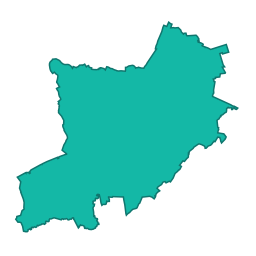 Chislaz, Bihor, Romania (Mercator projection), rotated 182°
{"feature_id": "2599482B30270529451593", "entity_name": "Chislaz", "entity_type": "district", "adm_level": 2, "iso_a3": "ROU", "parent_name": "Romania", "parent_adm1": "Bihor", "projection": "mercator", "projection_center": [22.253, 47.272], "detail": "fine", "context": "isolated", "style": "filled", "palette": "teal", "viewbox_px": 256, "rotation_deg": 182, "n_neighbors": 0, "source": "geoboundaries", "source_scale": "gbopen_adm2", "svg_char_len": 5757}
<svg xmlns="http://www.w3.org/2000/svg" viewBox="0 0 256 256"><g transform="rotate(182 128 128)"><path d="M81.3,230.1L84.8,229.6L85.7,229.9L88.8,229.6L87.7,233.3L89.2,233.8L91.0,235.2L92.8,230.8L95.8,231.9L96.6,229.8L97.6,225.5L101.3,215.9L101.8,213.5L102.8,211.1L103.4,208.1L102.3,207.9L111.1,193.7L111.9,192.0L113.5,190.0L114.3,188.3L117.0,188.4L119.8,189.1L120.1,188.7L122.1,188.5L122.5,188.2L123.1,189.3L124.5,190.5L125.7,190.8L129.4,190.0L131.5,188.6L132.6,188.5L132.5,185.7L132.7,184.7L137.0,184.9L139.6,184.6L141.4,184.9L141.8,185.2L143.7,185.7L146.0,186.8L147.7,186.9L148.3,187.4L149.9,188.2L151.4,188.5L152.7,185.2L154.0,186.5L157.2,187.3L158.0,187.2L158.1,186.4L159.1,186.5L159.4,185.5L160.2,185.7L161.1,185.2L163.9,185.2L166.5,185.4L166.4,186.8L168.8,187.3L169.6,189.0L171.3,188.3L171.8,187.7L173.5,190.3L175.6,189.1L175.9,189.4L178.6,189.1L180.1,187.4L181.0,187.2L181.8,186.5L184.8,187.5L185.0,186.6L185.6,185.7L186.5,187.3L188.7,188.9L190.1,189.4L193.2,189.2L194.7,189.5L196.9,190.9L198.4,192.7L199.3,193.3L202.3,194.6L205.8,194.1L205.9,193.6L208.2,191.1L208.7,189.6L208.7,188.1L208.0,184.4L207.2,182.3L206.4,181.5L206.2,181.0L205.2,179.9L203.5,181.2L202.0,179.6L200.2,178.5L199.9,177.6L199.9,176.9L200.2,174.4L200.9,171.5L200.7,170.9L199.8,169.9L198.5,167.5L197.8,166.7L200.8,165.0L200.0,163.5L198.8,162.0L198.3,159.1L197.7,157.2L196.5,155.5L196.2,154.2L198.6,152.0L198.0,151.6L198.1,150.4L198.5,150.1L198.5,149.6L198.0,149.3L197.4,148.1L197.4,147.6L197.4,147.1L197.7,146.9L197.5,145.5L197.9,144.3L197.7,143.7L198.1,142.8L197.9,142.3L198.0,141.3L197.8,141.1L197.8,140.7L194.8,137.5L192.4,133.3L192.5,129.4L193.3,128.8L193.1,127.0L191.9,124.4L191.8,123.3L188.8,118.6L188.2,116.8L188.2,115.4L189.4,113.5L189.8,111.9L191.5,108.8L193.1,103.5L188.5,100.1L188.5,99.6L189.8,99.3L195.7,96.9L196.5,96.3L196.2,95.4L197.1,95.0L197.5,96.2L207.8,91.6L212.4,89.2L212.7,88.5L213.2,88.7L214.0,88.3L223.3,82.8L224.1,82.0L224.5,80.9L225.1,80.5L224.9,80.3L224.7,80.5L224.2,79.6L225.0,79.1L225.5,80.0L225.2,80.1L225.4,80.4L226.0,80.0L228.1,80.0L228.5,79.8L228.5,79.4L228.8,79.7L236.9,75.0L233.3,70.5L234.3,64.1L232.7,60.2L232.9,60.0L230.1,53.3L229.2,50.0L229.3,44.9L229.0,43.4L231.0,41.7L232.3,36.9L236.0,35.7L236.1,34.3L237.0,32.9L234.7,30.0L232.9,30.1L231.6,29.7L229.9,26.1L228.8,21.2L228.2,21.0L227.7,21.2L227.1,20.8L225.2,20.8L224.4,21.5L224.3,22.9L223.2,23.3L222.5,24.0L222.1,23.9L221.8,23.0L221.0,23.3L220.8,24.0L221.0,25.2L220.1,25.5L219.2,25.1L218.0,26.0L216.7,25.5L215.9,25.9L215.2,27.5L214.2,27.1L213.3,27.8L211.6,28.2L210.9,29.0L210.0,29.0L208.9,29.4L208.3,28.8L208.0,28.8L206.8,30.1L207.1,31.1L207.0,31.6L206.6,32.0L204.9,31.6L204.1,31.7L203.7,32.0L203.5,33.7L203.0,34.5L201.8,34.4L198.8,35.7L191.5,33.9L190.8,34.9L190.3,35.0L189.3,34.4L188.7,34.9L187.5,34.8L186.5,35.3L185.8,35.1L184.9,34.2L184.4,34.1L183.7,34.2L182.8,34.9L181.4,34.9L181.0,35.3L180.5,36.2L179.8,36.4L179.2,36.0L179.1,34.9L178.7,34.6L174.1,26.4L173.2,27.5L173.4,28.2L172.2,28.8L172.3,29.4L172.1,29.6L171.2,29.0L170.2,29.1L168.9,28.7L168.5,28.4L168.3,27.6L167.8,27.4L167.9,26.5L167.7,26.2L166.8,26.3L166.3,26.0L164.8,26.3L163.5,25.4L161.2,25.2L158.9,25.8L158.0,26.5L157.1,26.8L157.0,27.9L155.8,28.5L155.7,29.8L155.1,30.1L154.9,30.5L153.8,30.6L153.7,30.8L154.2,31.3L154.0,31.8L154.9,32.2L154.9,33.0L156.0,34.2L156.0,34.7L155.4,35.1L155.3,35.8L155.5,36.3L157.5,36.8L157.8,37.1L158.2,39.0L158.4,39.1L159.1,38.7L159.4,42.7L160.2,46.8L159.8,48.0L159.1,48.8L158.8,50.7L160.1,50.8L160.4,51.2L160.2,52.2L160.4,53.2L160.2,53.7L158.3,54.1L158.1,54.9L158.2,55.7L158.0,56.5L157.5,56.7L156.5,56.2L155.3,56.9L155.1,59.0L155.5,59.3L156.9,59.3L157.0,59.6L156.5,60.4L155.8,60.7L154.4,60.4L153.1,56.0L152.4,52.3L151.4,49.8L150.3,50.8L148.1,50.8L147.2,51.3L146.7,54.1L145.7,53.7L145.1,54.0L144.1,54.0L144.2,56.2L145.0,57.8L145.0,58.4L141.5,58.2L141.1,58.4L141.0,58.9L130.2,58.9L129.7,56.1L128.5,51.1L127.1,42.4L126.6,40.8L125.7,41.9L124.2,43.2L123.6,43.4L121.7,45.7L120.2,47.0L117.1,47.9L116.2,48.5L114.6,52.6L113.7,53.2L113.4,54.0L111.4,59.4L104.0,60.5L101.7,59.8L99.4,58.1L98.3,59.9L98.5,60.5L98.2,60.3L98.0,60.8L97.9,62.0L97.5,63.3L95.1,66.0L94.9,65.7L94.1,66.3L96.9,68.7L95.9,70.3L92.4,72.8L91.4,74.8L90.8,75.3L89.0,75.7L88.1,74.5L84.9,76.2L83.7,75.6L81.1,79.6L79.4,84.2L76.8,86.5L76.0,87.8L75.3,87.9L74.6,88.7L73.3,91.5L75.2,92.5L71.9,97.1L70.6,96.5L70.2,96.8L68.1,99.6L66.9,100.7L66.7,101.2L66.7,104.7L66.2,104.3L65.9,106.7L62.3,109.8L61.4,111.2L56.9,114.5L55.8,114.5L53.7,113.9L51.0,112.6L50.4,111.6L50.2,110.4L49.1,110.6L47.2,112.8L44.8,113.7L43.3,115.3L42.6,116.6L41.7,117.2L41.5,117.8L40.5,117.4L38.0,122.0L36.0,121.7L35.1,119.5L34.9,118.1L34.0,116.3L30.5,120.2L30.5,120.8L30.1,121.1L29.6,122.5L32.0,125.5L38.1,126.3L37.9,128.2L37.5,129.1L37.6,129.3L37.3,129.7L37.7,130.4L37.4,131.4L38.3,131.8L39.3,138.6L38.8,139.4L37.2,140.4L37.1,141.1L36.4,142.1L35.5,142.7L35.8,143.7L33.9,144.5L31.8,146.5L30.5,147.1L30.1,148.3L30.1,150.7L28.8,152.1L28.5,152.2L28.0,151.6L25.1,151.8L24.7,151.4L25.1,150.2L24.9,150.0L24.1,150.2L23.4,151.6L23.1,151.8L22.4,151.6L21.9,150.9L20.5,150.3L19.7,150.8L19.0,151.7L22.7,153.5L24.0,153.6L25.9,154.7L44.4,162.4L44.7,162.8L43.9,165.7L43.5,165.9L43.8,168.9L42.7,177.2L43.7,177.4L43.8,178.5L44.5,179.9L42.6,180.4L42.2,180.8L42.4,181.6L38.1,182.2L37.6,185.4L32.9,186.1L32.6,186.7L35.9,192.1L33.6,192.5L35.1,194.4L38.9,205.6L36.4,206.5L36.1,205.3L30.0,207.3L32.7,214.9L48.1,209.4L51.0,210.8L52.9,211.4L53.6,211.2L53.7,211.7L56.2,212.4L56.8,212.8L55.8,213.8L55.8,214.2L56.2,214.7L58.4,215.7L60.8,216.2L60.8,216.5L59.9,216.6L60.1,217.7L61.0,217.0L61.4,217.6L61.2,218.1L60.3,218.7L60.4,219.8L61.2,220.7L61.6,221.6L63.2,223.1L72.0,222.2L72.6,222.4L73.4,224.8L75.3,224.6L75.9,223.8L78.0,225.8L78.7,227.7L81.3,230.1Z" fill="#14b8a6" stroke="#0f766e" stroke-width="1.5"/></g></svg>